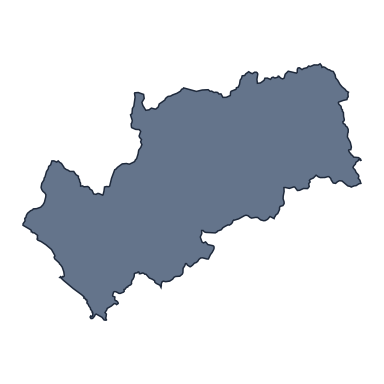 outline of Huaral, Lima, Peru
{"feature_id": "86281439B90412746256760", "entity_name": "Huaral", "entity_type": "district", "adm_level": 2, "iso_a3": "PER", "parent_name": "Peru", "parent_adm1": "Lima", "projection": "orthographic", "projection_center": [-76.946, -11.358], "detail": "fine", "context": "isolated", "style": "filled", "palette": "slate", "viewbox_px": 384, "rotation_deg": 0, "n_neighbors": 0, "source": "geoboundaries", "source_scale": "gbopen_adm2", "svg_char_len": 5899}
<svg xmlns="http://www.w3.org/2000/svg" viewBox="0 0 384 384"><path d="M360.9,183.4L359.9,180.2L358.2,178.2L358.8,176.6L358.6,175.2L356.1,172.4L355.1,170.0L353.4,168.2L353.0,167.3L353.8,165.8L355.4,164.1L355.9,162.3L358.1,160.8L358.6,159.6L359.5,159.6L360.4,160.5L361.0,160.3L360.5,159.1L358.5,157.6L353.6,157.1L352.4,155.4L351.1,154.7L350.7,153.5L349.7,152.7L348.6,150.7L348.9,149.8L350.8,149.7L351.4,147.1L350.3,142.3L347.4,137.0L347.7,133.4L348.2,132.2L348.2,129.3L347.1,127.0L345.7,126.0L345.0,124.4L343.3,123.5L342.8,121.8L344.1,120.7L344.3,119.5L343.6,116.5L343.4,112.4L342.3,111.1L342.5,110.0L341.5,108.9L341.0,106.3L338.9,104.3L338.3,102.8L338.6,102.1L343.3,100.4L346.9,99.6L347.5,97.5L348.2,96.9L347.9,93.6L348.5,92.2L346.2,90.9L345.3,89.5L342.1,86.9L340.0,84.4L337.7,80.3L335.7,78.0L335.1,74.9L333.3,71.5L331.3,71.0L329.5,69.8L328.1,69.6L324.8,67.3L323.2,66.9L322.0,67.4L321.5,65.6L320.1,63.8L318.1,65.0L314.0,64.9L310.4,66.5L308.6,66.0L307.0,67.7L303.6,68.5L302.0,69.6L299.5,67.8L298.1,67.9L297.3,69.2L297.2,72.3L296.5,73.1L288.2,71.2L285.2,74.2L284.2,78.0L282.7,78.9L280.7,78.1L278.8,76.2L278.2,76.1L277.8,77.2L275.0,78.0L274.2,77.8L273.6,77.2L272.5,77.3L271.8,77.6L270.5,79.4L267.4,78.1L264.9,78.2L264.1,80.3L261.1,82.5L260.2,83.0L257.4,83.3L256.9,79.4L257.8,74.0L257.1,72.7L256.3,72.2L254.6,72.2L252.5,73.6L250.8,73.1L248.7,71.7L245.7,73.9L244.7,75.5L242.2,75.8L241.4,78.5L240.2,80.0L239.5,84.4L238.2,87.2L236.4,87.7L236.3,88.8L235.6,89.5L231.2,91.2L230.6,92.1L230.3,95.5L226.3,97.3L222.9,97.4L221.0,93.9L218.9,94.0L217.7,92.5L215.9,92.2L214.0,92.5L211.7,91.1L210.1,91.3L208.2,89.7L202.2,90.0L196.4,91.4L183.6,87.9L183.1,88.7L181.6,89.3L180.4,91.2L176.9,93.3L172.6,94.9L170.5,96.1L168.1,96.4L166.8,97.3L165.5,98.5L164.8,100.1L159.2,104.0L158.3,106.9L156.0,108.9L155.2,109.1L151.4,108.1L149.1,109.8L145.8,110.3L142.8,105.4L141.9,102.4L144.2,98.5L143.6,94.4L138.2,92.5L134.8,92.8L134.5,93.4L135.1,97.2L133.8,106.3L132.4,108.5L132.0,113.6L130.5,114.8L132.3,120.6L131.8,122.9L131.2,123.7L131.3,126.0L131.6,127.5L132.0,127.8L135.7,129.4L139.3,129.6L140.7,131.4L139.1,136.0L139.6,137.4L141.5,139.6L140.6,141.8L141.9,144.6L140.7,147.5L138.7,150.1L138.1,153.9L136.6,158.7L135.3,160.0L134.9,161.1L134.1,161.9L129.3,164.2L126.4,163.5L122.2,163.9L117.4,167.4L116.3,168.8L114.7,169.8L111.5,178.4L109.7,186.0L108.8,186.7L106.4,186.5L104.5,187.0L104.0,191.1L103.0,194.9L102.6,195.1L98.8,193.5L97.5,193.5L96.0,194.4L93.6,193.9L92.1,190.4L89.8,189.0L89.3,187.6L87.8,186.5L84.0,186.8L82.5,185.9L80.6,186.1L80.5,183.0L79.7,181.6L79.5,179.8L78.4,177.9L78.4,176.2L76.0,174.7L73.7,171.4L69.9,171.4L67.9,170.1L66.2,169.5L64.0,167.8L63.8,167.0L61.4,163.4L59.8,162.5L58.2,160.9L56.7,162.1L54.0,160.9L51.9,160.9L50.6,164.9L48.7,166.4L48.2,168.9L46.5,171.5L45.0,177.0L44.2,178.0L43.9,180.0L41.8,183.3L41.2,186.6L41.1,187.7L41.8,189.6L42.8,191.2L45.0,193.2L45.9,194.8L45.7,197.1L44.4,202.3L43.0,204.8L40.7,207.2L36.8,208.6L33.3,208.9L32.6,209.8L30.5,210.8L27.6,213.2L26.4,215.3L25.8,217.6L24.8,218.3L25.0,221.0L23.1,223.7L23.0,225.3L29.9,229.3L31.2,230.3L31.3,231.7L31.7,231.6L32.7,232.7L34.4,232.9L37.6,235.4L37.3,237.1L37.7,238.3L37.0,239.0L37.8,240.1L41.2,241.6L46.0,244.8L51.5,249.5L54.8,255.4L54.9,256.1L54.1,257.1L54.7,258.8L59.2,262.9L59.5,263.9L60.4,264.6L62.2,267.1L63.8,271.8L64.3,275.5L64.0,276.4L63.3,276.8L62.7,276.5L61.8,277.5L60.6,276.6L59.8,277.5L60.8,277.7L63.4,280.3L73.3,288.6L81.5,294.6L84.0,296.8L83.8,298.0L85.0,298.3L85.6,299.6L86.0,299.4L86.9,300.1L86.9,301.1L87.4,301.8L86.9,302.7L87.2,303.5L88.2,304.2L88.7,305.7L90.4,308.0L90.5,309.1L92.6,312.2L92.2,312.5L92.9,313.8L92.6,315.8L91.7,316.5L90.8,315.9L90.1,317.0L90.5,317.9L91.1,318.6L92.6,318.4L94.4,316.4L95.4,314.4L96.3,314.1L102.0,317.3L104.1,320.0L106.0,320.2L106.4,320.0L106.4,319.4L105.5,318.1L106.0,317.2L106.4,314.1L105.0,312.6L106.8,309.8L107.2,308.4L111.4,306.0L114.2,303.6L115.5,303.7L116.6,304.6L118.2,303.5L118.0,302.4L116.6,300.9L115.4,300.5L114.9,299.9L114.7,299.0L114.9,297.0L112.8,296.1L112.6,295.4L113.6,292.1L114.5,291.6L116.1,291.8L119.0,293.4L120.3,293.4L123.5,292.1L124.2,291.3L124.0,289.5L125.0,289.3L126.6,287.2L127.7,287.1L128.2,286.0L130.7,284.8L131.6,283.7L131.4,282.7L131.9,280.4L133.1,279.0L134.1,276.7L134.4,273.6L135.6,273.0L137.0,272.9L138.2,271.9L139.0,272.2L139.3,273.7L140.5,273.7L142.6,273.0L143.8,273.3L144.7,274.2L146.0,274.2L149.3,278.0L152.4,279.3L154.6,280.7L154.8,282.1L156.2,283.4L159.9,285.2L161.0,287.4L161.3,285.8L161.3,283.7L162.2,281.7L163.3,281.2L165.7,281.7L169.7,281.1L172.6,279.2L174.0,277.3L175.5,276.5L179.8,276.2L182.3,274.1L182.9,272.7L183.1,268.3L184.8,265.7L185.5,263.6L186.5,263.6L187.4,265.1L189.9,266.7L190.5,266.7L192.5,265.2L194.4,263.1L195.9,262.7L197.6,261.5L198.8,259.5L200.6,258.0L202.5,257.8L207.0,259.0L208.4,259.0L210.4,254.7L212.2,252.3L213.7,249.5L214.1,248.0L213.9,246.4L213.0,245.7L207.9,244.6L205.6,241.9L203.5,242.9L202.0,242.0L200.4,237.5L200.4,236.6L201.8,233.7L201.6,230.5L203.1,230.5L204.4,231.9L205.8,232.4L215.2,232.9L216.9,232.0L217.7,231.0L221.2,229.8L223.0,227.6L225.4,226.2L227.9,224.9L229.3,225.1L230.9,224.2L232.4,222.6L232.5,221.6L233.6,220.1L234.2,220.2L238.6,218.9L244.4,215.7L246.0,215.2L248.0,215.7L250.2,217.5L251.5,218.1L255.6,217.4L257.7,217.5L260.6,219.9L263.6,220.7L265.2,220.6L267.6,219.3L270.0,216.5L274.1,218.6L274.4,217.5L276.0,214.8L277.7,213.6L279.5,209.6L279.5,207.7L280.1,206.4L282.9,205.6L284.1,203.7L284.1,202.0L283.1,198.8L283.2,196.2L284.1,191.6L283.9,187.6L285.4,187.5L289.4,188.4L293.9,186.9L294.8,187.1L297.4,190.5L299.6,190.3L303.5,188.5L307.6,188.6L309.2,186.6L308.7,183.6L310.1,182.0L309.4,180.4L310.5,179.3L313.4,178.0L316.1,175.2L318.4,176.9L320.3,177.6L324.9,177.5L327.9,176.6L328.9,176.7L330.7,178.4L331.2,180.0L333.2,183.0L335.6,183.4L337.5,181.7L339.5,180.7L342.0,181.0L347.8,185.9L350.4,186.5L351.2,187.1L354.1,185.9L356.2,185.6L358.9,183.8L360.9,183.4Z" fill="#64748b" stroke="#1e293b" stroke-width="1.5"/></svg>